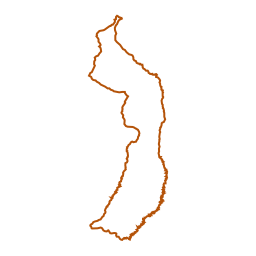 El Cerrito, Valle del Cauca, Colombia, rotated 271°
{"feature_id": "7082276B46612550724020", "entity_name": "El Cerrito", "entity_type": "district", "adm_level": 2, "iso_a3": "COL", "parent_name": "Colombia", "parent_adm1": "Valle del Cauca", "projection": "mercator", "projection_center": [-76.228, 3.687], "detail": "fine", "context": "isolated", "style": "outline", "palette": "amber", "viewbox_px": 256, "rotation_deg": 271, "n_neighbors": 0, "source": "geoboundaries", "source_scale": "gbopen_adm2", "svg_char_len": 5833}
<svg xmlns="http://www.w3.org/2000/svg" viewBox="0 0 256 256"><g transform="rotate(271 128 128)"><path d="M240.0,115.1L238.9,114.1L236.6,114.0L236.1,112.6L235.0,113.1L233.5,112.9L231.0,111.0L230.9,109.8L229.7,108.9L229.6,107.9L225.8,102.8L225.3,101.7L224.5,97.7L221.9,95.3L221.0,95.1L220.1,95.4L219.2,94.8L216.8,96.7L216.0,97.0L213.8,97.0L212.0,98.5L210.8,99.1L210.2,99.0L209.0,97.7L208.0,98.9L206.6,99.4L204.0,99.8L202.0,98.1L199.8,96.8L199.2,95.0L197.8,93.5L196.7,93.9L195.4,94.0L194.1,93.1L191.1,93.0L189.8,93.8L183.1,90.8L182.4,89.4L179.6,88.1L178.5,90.2L178.1,90.5L176.7,90.9L175.4,92.4L175.0,94.8L173.8,95.9L172.5,98.4L171.0,99.9L168.9,104.5L167.2,107.0L167.3,108.7L166.0,110.0L165.3,112.2L164.5,113.1L163.5,118.6L164.0,121.9L164.0,124.2L162.9,124.4L160.6,126.1L159.7,127.5L154.4,124.4L153.9,124.3L153.1,124.8L149.4,122.3L148.0,121.9L146.9,122.3L145.8,121.9L144.8,122.1L143.5,121.2L142.8,121.3L140.7,123.0L138.6,122.7L136.6,124.2L135.6,124.5L131.9,124.3L129.9,125.9L129.3,127.6L129.1,132.7L128.6,134.1L127.4,136.0L127.4,136.5L126.5,137.5L126.4,138.0L124.4,139.1L122.7,139.5L121.2,139.0L120.7,139.2L119.5,138.3L117.4,138.0L115.8,136.8L114.5,136.3L113.9,133.7L114.5,132.4L113.7,131.1L111.8,130.1L111.1,128.9L109.3,128.1L108.8,127.3L107.9,127.6L107.1,127.1L105.1,127.1L105.0,127.5L104.5,127.3L103.7,128.0L99.9,128.5L98.8,127.8L98.4,128.1L97.2,127.2L96.1,127.9L94.9,128.1L93.6,127.5L92.8,126.0L90.1,126.0L88.6,126.4L88.0,126.1L86.6,126.5L84.5,124.5L83.0,123.8L82.4,124.1L79.8,123.7L79.4,123.4L79.4,122.7L78.3,122.4L77.9,122.0L77.0,122.2L76.9,122.7L75.4,122.0L74.5,122.0L73.8,120.6L73.4,120.3L72.3,120.4L71.7,120.9L71.4,120.2L70.5,121.1L70.0,120.9L69.6,121.4L69.3,120.8L69.7,120.8L69.7,119.9L68.5,119.3L68.1,118.3L66.2,118.5L66.2,118.1L65.6,117.9L65.6,117.5L65.0,117.4L64.2,116.5L63.4,117.6L62.5,116.6L62.5,115.8L61.3,115.3L60.9,114.5L59.4,114.1L59.3,113.5L58.1,113.7L57.7,113.1L57.8,112.6L57.4,113.0L57.3,112.7L56.8,112.9L55.6,112.4L55.0,111.3L54.1,110.8L52.8,110.9L52.3,110.4L51.7,110.5L50.2,109.1L49.6,109.0L49.4,108.5L49.0,108.6L48.8,107.9L48.3,107.9L46.9,107.0L45.2,106.4L43.7,107.0L42.6,106.7L41.7,105.7L39.4,105.0L38.8,104.0L36.1,102.2L35.4,100.0L34.7,99.4L34.0,96.6L33.2,94.9L31.6,94.0L31.2,93.0L30.3,92.1L29.6,92.0L28.9,92.8L27.1,93.4L26.9,93.8L27.2,99.4L28.0,102.5L27.3,103.9L25.2,105.2L24.4,106.7L24.2,108.6L25.2,109.7L25.3,110.2L22.5,112.1L22.3,113.5L22.8,116.1L22.6,117.7L22.2,118.2L20.4,118.0L19.2,118.6L19.1,120.6L17.0,121.9L16.3,122.9L16.0,124.1L17.4,125.4L17.3,126.0L18.0,126.2L18.0,127.2L17.5,127.8L18.0,128.0L18.4,128.6L17.5,130.6L17.0,130.7L16.5,131.8L17.8,132.1L18.4,132.6L18.8,132.2L19.7,132.9L19.8,132.3L20.9,133.2L21.5,132.7L21.7,133.2L21.4,133.9L22.2,133.7L22.4,134.0L21.5,134.5L21.5,135.4L22.2,135.9L22.3,135.4L22.7,135.5L23.0,135.9L22.6,136.1L23.4,137.3L23.8,137.2L23.6,136.7L24.0,136.6L24.6,138.6L25.5,139.4L26.3,138.6L26.4,139.1L27.4,139.3L27.8,139.9L29.0,139.4L28.3,140.4L28.4,141.2L29.1,141.6L29.1,141.2L29.4,141.1L29.5,141.7L30.0,141.4L30.1,142.3L31.1,142.5L31.1,143.0L31.8,143.0L31.3,143.8L31.8,144.4L31.9,143.7L32.8,144.1L33.0,145.3L33.7,145.1L33.5,145.6L33.9,146.1L34.5,144.7L35.0,145.5L35.6,145.7L36.0,145.6L36.3,145.0L36.7,145.0L36.8,144.6L37.5,144.6L37.3,145.8L37.6,146.1L38.6,146.1L38.5,146.9L40.0,148.4L40.4,150.0L41.1,150.1L40.1,150.9L40.2,151.6L41.2,151.1L41.3,151.6L41.7,151.4L42.0,151.6L41.7,152.6L42.3,152.3L42.4,153.1L43.4,153.5L43.5,153.1L43.8,153.2L43.4,154.4L44.0,154.8L44.6,154.7L44.7,155.5L43.6,155.1L43.1,155.5L43.5,156.0L45.0,156.3L45.1,157.0L46.2,157.9L45.9,158.3L46.2,158.8L47.1,158.5L47.3,160.1L48.8,159.2L49.2,159.6L48.9,160.1L49.0,160.4L49.8,160.0L51.4,160.5L51.8,160.7L51.9,161.6L53.0,161.7L53.5,162.5L54.0,161.6L54.5,162.7L55.0,161.6L55.6,162.4L55.7,163.2L56.1,162.5L56.5,162.6L56.3,163.2L56.6,164.1L57.8,162.8L57.4,162.2L57.8,162.1L58.4,162.4L59.1,162.0L60.2,162.4L59.4,162.9L59.6,163.8L60.3,163.9L60.8,163.1L62.2,164.4L62.8,164.2L63.5,165.4L64.1,163.7L64.5,163.9L65.1,165.1L65.6,164.4L66.2,164.9L66.9,163.8L67.5,165.0L69.0,163.9L69.6,164.3L69.5,165.4L71.7,164.5L73.2,165.0L73.3,166.5L74.8,166.4L76.0,166.0L76.6,166.8L77.4,166.5L78.0,166.6L78.0,167.5L78.6,167.5L79.0,167.9L80.0,167.6L80.3,166.7L80.9,167.5L81.8,167.2L83.4,167.7L83.7,166.4L85.1,167.8L86.0,167.4L86.2,166.1L87.2,166.8L87.5,165.9L88.5,165.7L88.8,165.1L90.8,164.6L91.5,164.7L92.2,163.9L93.2,164.2L94.2,163.6L94.6,164.0L94.9,163.1L95.5,163.4L95.9,162.8L96.5,162.8L96.8,162.3L97.3,162.5L98.7,160.6L99.5,161.1L99.4,160.0L99.6,159.7L100.6,159.7L103.4,159.0L105.0,159.5L107.9,159.3L109.9,159.9L112.5,159.1L115.5,159.6L116.9,159.5L117.5,159.9L119.7,159.4L123.6,159.9L124.5,160.3L126.3,159.6L127.8,160.3L129.0,160.2L129.5,160.9L131.5,161.5L133.3,161.6L134.0,162.2L134.6,163.7L137.4,165.0L139.8,164.1L143.8,164.0L145.1,163.5L145.6,163.7L147.8,163.2L148.5,162.5L149.2,162.7L150.0,162.3L151.8,162.3L152.7,161.6L156.0,161.1L158.1,161.8L158.9,162.6L159.9,162.6L160.4,162.1L163.3,162.0L164.1,162.4L164.8,161.8L166.2,162.2L166.7,160.9L167.4,160.6L168.4,160.8L169.3,160.4L169.7,160.7L170.4,159.8L171.7,159.4L173.2,159.3L174.0,158.7L175.8,159.3L176.9,158.9L178.8,157.3L179.3,156.4L179.5,155.2L180.8,155.2L181.6,156.0L182.3,155.4L182.1,155.0L182.3,154.4L181.6,153.2L181.8,151.8L182.5,151.5L182.2,150.9L182.5,150.3L182.4,149.2L183.0,148.7L183.4,147.7L185.1,147.2L185.7,146.6L185.6,145.1L187.2,143.5L187.7,142.3L189.3,141.5L190.1,141.6L191.4,141.3L191.2,140.8L191.6,139.9L192.3,139.4L191.9,138.5L192.7,137.7L192.6,137.1L193.3,135.5L195.0,134.8L195.7,133.1L196.9,132.2L198.8,132.1L200.5,131.3L201.1,130.3L201.7,127.8L203.7,125.3L206.0,123.5L206.8,121.6L210.9,118.7L213.8,115.3L215.6,113.8L220.1,113.7L222.2,114.6L225.6,113.3L227.9,113.1L230.4,114.1L231.6,115.2L234.6,116.4L236.0,117.5L237.2,119.9L237.9,119.6L237.7,118.9L238.3,118.3L238.7,116.8L239.3,116.4L240.0,115.1Z" fill="none" stroke="#b45309" stroke-width="2"/></g></svg>